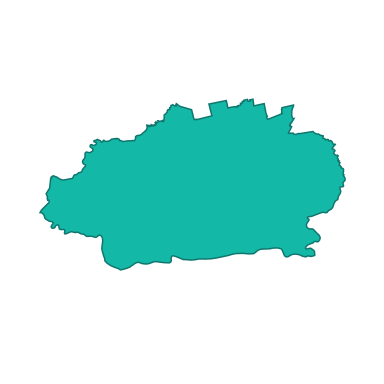 Ignacio de la Llave, Veracruz, Mexico (Natural Earth projection), rotated 77°
{"feature_id": "50627088B21010720100332", "entity_name": "Ignacio de la Llave", "entity_type": "district", "adm_level": 2, "iso_a3": "MEX", "parent_name": "Mexico", "parent_adm1": "Veracruz", "projection": "natural_earth1", "projection_center": [-95.975, 18.656], "detail": "fine", "context": "isolated", "style": "filled", "palette": "teal", "viewbox_px": 384, "rotation_deg": 77, "n_neighbors": 0, "source": "geoboundaries", "source_scale": "gbopen_adm2", "svg_char_len": 5985}
<svg xmlns="http://www.w3.org/2000/svg" viewBox="0 0 384 384"><g transform="rotate(77 192 192)"><path d="M178.0,41.7L177.5,42.0L177.6,43.0L176.9,43.8L174.5,44.2L173.1,45.2L173.2,46.8L172.9,47.1L171.7,47.3L171.2,48.2L171.4,49.6L171.2,50.2L169.9,50.6L169.3,51.8L168.6,52.5L167.5,52.0L167.2,51.5L166.8,51.5L165.6,54.1L163.8,55.9L163.7,56.9L163.1,58.3L161.4,59.9L160.3,60.4L159.4,73.3L159.3,74.4L158.9,75.0L159.3,77.8L159.4,77.7L158.4,80.0L157.4,80.2L156.8,83.3L156.8,84.1L156.3,84.8L150.8,80.2L150.2,80.9L150.2,81.4L149.9,81.6L149.1,81.2L149.0,81.8L147.5,80.5L147.2,80.7L146.9,79.9L147.0,79.6L143.4,76.1L143.4,77.2L140.8,77.6L139.2,77.5L135.4,76.5L132.4,74.8L131.0,73.7L130.1,73.5L130.1,85.4L131.9,86.3L133.0,86.1L135.0,86.9L135.9,86.4L138.3,102.0L135.7,102.6L135.7,102.9L135.4,101.6L132.0,102.2L122.1,101.8L122.0,112.4L115.3,111.7L115.2,114.9L116.4,114.9L116.4,117.0L114.3,117.1L114.3,120.9L115.2,120.9L115.1,122.7L116.7,122.9L116.5,124.8L118.2,124.8L118.2,127.9L119.2,127.9L119.3,129.7L118.7,129.7L118.2,133.9L118.2,138.1L110.6,138.0L110.1,155.7L122.3,155.5L122.5,169.2L122.5,171.4L122.1,171.4L121.9,173.7L111.7,173.9L105.7,184.7L102.4,187.4L103.7,188.3L104.5,188.0L104.5,188.4L104.0,189.6L102.6,191.2L102.9,191.8L102.9,193.0L104.0,193.3L104.5,193.8L104.9,194.9L105.3,195.1L106.3,194.8L106.6,195.0L106.5,197.1L107.3,197.8L108.6,198.2L109.2,199.1L110.0,200.1L110.5,201.6L111.8,202.1L112.9,202.2L116.5,203.6L117.0,204.1L116.6,204.7L115.7,204.8L116.0,206.9L115.7,208.3L115.0,208.7L114.9,209.1L115.9,208.9L116.2,209.1L116.6,211.1L116.3,211.4L115.5,211.4L116.2,212.4L116.5,212.3L116.6,211.6L117.0,211.3L117.5,211.2L117.9,211.6L118.2,213.0L118.9,213.1L118.8,213.5L118.1,213.9L118.7,215.0L118.0,215.1L117.9,215.4L118.5,215.9L118.5,216.2L117.6,216.5L118.4,217.1L118.4,217.4L117.6,217.3L117.5,217.6L118.6,217.9L118.7,218.7L118.5,219.0L117.7,219.0L117.3,219.6L117.5,220.4L117.4,220.6L116.6,220.8L116.6,221.0L117.1,221.2L117.6,221.1L117.8,220.5L118.2,220.4L118.7,221.0L120.3,221.8L121.5,222.8L121.8,223.7L122.2,224.0L123.8,227.3L124.4,227.7L125.0,230.5L124.8,230.9L124.7,233.0L124.9,233.7L125.6,234.7L126.4,234.6L128.6,235.9L128.9,236.5L129.0,237.1L128.4,238.6L128.3,241.0L127.9,241.9L127.7,243.3L127.3,248.0L125.8,249.8L125.7,250.7L125.4,251.0L124.1,251.2L122.9,253.0L123.3,253.7L122.8,254.3L122.4,258.4L123.4,260.2L123.6,261.4L123.5,264.4L123.1,265.1L121.7,266.3L121.9,266.9L122.7,267.5L123.1,268.2L123.1,268.7L122.7,269.1L121.2,269.9L120.3,271.4L119.4,272.4L120.1,274.0L119.8,274.9L120.1,275.9L120.3,276.2L121.2,276.0L122.2,274.2L123.0,274.1L123.5,274.3L124.1,275.1L124.6,276.9L124.3,277.9L123.3,279.0L123.1,279.8L123.5,280.6L124.4,281.0L125.4,280.9L127.3,279.1L127.7,278.9L129.5,279.4L130.1,280.6L130.7,282.8L129.3,286.0L129.6,287.0L130.4,287.5L134.2,288.5L135.5,289.7L136.6,291.2L137.8,291.8L138.9,291.9L139.7,291.6L140.2,291.4L141.5,289.8L142.8,290.0L144.6,292.7L146.0,294.0L146.9,294.4L147.5,295.2L147.7,295.7L147.8,298.2L149.0,300.5L148.9,302.5L149.2,303.2L149.7,303.7L151.8,305.2L151.5,313.9L151.4,315.0L149.5,318.1L147.2,320.2L145.2,323.2L145.0,323.7L145.2,324.4L145.8,324.6L146.0,325.2L145.7,325.6L146.0,326.1L146.6,325.9L147.2,326.1L147.4,326.8L156.1,329.8L160.9,334.5L164.7,333.9L165.4,334.5L167.6,334.5L167.6,333.5L168.9,333.3L170.1,333.7L174.1,340.2L176.0,343.0L177.9,344.7L178.6,343.0L179.3,342.3L181.7,341.3L184.4,341.2L185.6,340.5L188.4,337.6L189.5,335.0L190.2,334.4L191.3,334.3L192.9,336.1L194.2,337.1L195.7,336.6L196.0,335.6L196.0,334.1L195.7,333.5L194.4,332.7L193.9,331.4L193.9,330.1L194.1,329.8L194.7,329.5L198.3,329.5L199.1,328.3L199.7,325.2L200.3,324.7L201.5,324.6L203.0,325.4L203.8,325.5L204.3,325.2L204.4,324.4L203.5,319.0L203.7,318.0L205.2,315.1L205.4,312.8L205.7,311.9L207.6,309.9L208.9,306.8L211.4,304.8L211.8,303.7L212.3,300.2L214.5,296.2L214.5,295.3L213.2,292.5L213.4,291.3L214.1,290.6L215.2,289.9L216.8,289.7L219.3,289.9L226.7,292.6L229.8,292.7L234.6,292.4L236.5,292.1L239.7,292.3L242.3,290.7L245.5,287.7L247.8,284.6L250.0,281.0L251.7,279.4L251.9,278.4L251.7,272.8L251.3,270.5L251.2,269.6L248.6,263.2L248.3,261.1L248.4,260.3L249.2,258.6L250.4,257.0L251.8,253.1L252.1,251.0L252.0,249.5L251.4,244.4L252.1,241.6L254.4,235.6L255.8,230.6L255.9,229.5L255.0,228.0L253.9,227.5L252.1,227.4L251.0,226.8L250.2,226.2L249.7,225.2L251.1,222.4L255.9,215.6L256.7,212.5L258.0,208.6L258.7,204.2L258.8,200.4L260.4,193.7L261.4,188.1L261.8,182.3L262.0,171.5L261.7,166.1L261.9,163.0L263.1,156.7L265.1,150.5L265.9,146.1L265.6,144.8L263.9,141.4L263.3,139.6L263.3,137.2L264.9,128.5L264.8,126.1L265.8,121.0L267.2,118.3L268.2,117.5L269.6,117.1L274.8,116.2L276.0,115.4L276.5,114.6L276.6,112.7L275.8,110.4L275.4,108.3L275.6,105.8L276.9,102.3L277.8,100.7L279.2,99.1L280.2,97.1L280.8,95.6L280.3,93.2L281.2,91.6L281.6,90.1L281.5,87.4L281.3,86.6L277.4,86.0L275.8,86.8L273.5,89.0L273.3,89.5L273.4,91.9L273.3,93.3L272.5,94.1L272.0,94.0L271.1,93.3L270.1,92.0L269.6,90.7L269.1,88.3L268.9,85.7L267.9,84.2L267.8,83.7L268.1,82.3L268.8,81.0L268.7,80.1L267.4,78.4L265.7,77.5L264.9,77.4L262.8,77.8L260.0,79.7L255.8,82.1L254.9,83.3L254.5,85.3L254.1,86.3L253.6,87.0L251.7,88.1L249.6,87.9L248.4,87.1L245.6,84.2L244.9,84.2L243.8,85.1L242.7,85.3L242.3,84.4L242.6,80.7L241.1,69.9L241.7,67.5L242.1,67.0L242.4,65.6L242.2,64.8L240.6,62.8L240.5,61.8L239.9,59.9L238.7,58.4L235.3,56.3L233.9,55.2L232.7,53.7L232.5,52.6L232.1,51.7L231.0,51.1L229.6,50.7L227.0,48.2L225.2,47.0L223.8,46.9L221.1,47.1L220.6,46.7L220.5,45.8L220.8,44.3L220.6,43.3L220.1,42.9L217.7,43.0L216.6,42.4L215.3,40.6L214.8,40.2L214.1,39.9L212.4,39.9L210.2,40.8L209.8,40.7L209.5,40.1L209.0,40.6L208.6,40.6L207.8,40.5L206.4,39.8L205.7,39.8L205.0,39.4L203.7,39.3L203.1,39.6L202.0,41.2L201.1,41.0L199.9,41.6L199.0,42.5L196.6,41.3L196.0,42.0L195.0,41.5L194.9,42.4L194.4,42.8L193.3,42.1L192.8,42.1L191.9,42.6L191.3,42.6L190.3,42.1L189.8,41.5L189.3,41.6L188.9,41.9L188.9,42.8L188.1,44.3L186.0,45.2L185.2,44.8L184.5,44.2L184.3,43.6L183.7,43.4L182.6,44.0L181.5,45.5L181.1,45.7L179.2,43.6L178.0,41.7Z" fill="#14b8a6" stroke="#0f766e" stroke-width="1.5"/></g></svg>